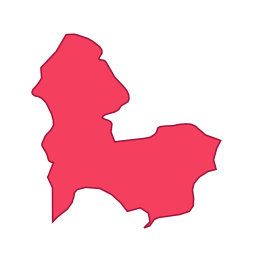 Durrës, Mercator projection, rotated 262°
{"feature_id": "ALB-1494", "entity_name": "Durrës", "entity_type": "County", "adm_level": 1, "iso_a3": "ALB", "parent_name": "Albania", "parent_adm1": "", "projection": "mercator", "projection_center": [19.648, 41.417], "detail": "fine", "context": "isolated", "style": "filled", "palette": "rose", "viewbox_px": 256, "rotation_deg": 262, "n_neighbors": 0, "source": "natural_earth", "source_scale": "10m", "svg_char_len": 1449}
<svg xmlns="http://www.w3.org/2000/svg" viewBox="0 0 256 256"><g transform="rotate(262 128 128)"><path d="M74.8,209.5L73.8,201.1L69.7,192.0L63.9,185.6L57.6,183.2L49.1,183.2L41.9,181.8L36.9,177.2L35.1,167.4L35.1,145.9L33.8,141.3L28.0,135.9L26.9,129.9L32.1,136.8L40.8,136.3L47.2,129.1L45.5,115.7L54.8,110.5L64.4,102.5L72.0,91.7L75.1,77.9L74.1,69.2L71.4,66.0L67.2,64.7L61.7,62.0L56.1,56.6L49.8,45.9L45.5,40.3L79.6,44.9L90.6,41.5L91.8,42.5L104.1,49.3L105.5,46.1L106.3,45.4L107.6,44.8L113.6,44.0L122.3,40.4L124.5,40.6L131.1,44.7L132.8,46.3L136.2,50.6L138.3,52.6L141.1,54.6L146.0,55.1L152.2,54.4L164.3,50.5L169.2,46.9L171.7,43.6L172.3,41.5L173.2,39.6L175.5,37.9L177.4,38.1L179.5,39.4L183.1,43.8L186.7,47.2L189.6,49.4L199.8,50.1L213.7,67.5L229.1,79.8L228.6,85.3L228.2,88.3L227.1,91.0L222.0,100.9L218.9,105.0L212.1,111.5L208.7,113.0L205.6,112.6L201.9,109.4L200.2,108.6L199.3,110.1L198.9,112.1L198.0,114.2L196.1,115.5L180.0,122.0L168.6,130.1L164.6,132.2L161.2,133.2L156.6,133.1L154.2,131.7L152.6,128.5L151.7,125.9L150.7,124.3L149.6,123.1L147.8,121.6L146.5,119.2L145.7,116.8L144.5,108.1L143.3,105.1L141.8,103.9L139.8,106.4L138.6,109.1L136.8,111.6L134.4,112.7L126.4,110.6L116.2,112.9L115.4,142.4L115.7,148.5L118.0,153.7L120.1,155.8L123.9,157.5L124.8,159.9L124.8,163.8L124.0,172.7L124.4,179.2L124.1,185.3L123.0,190.9L120.6,194.8L110.4,203.7L102.7,218.1L95.3,212.9L84.6,208.3L74.9,209.5L74.8,209.5Z" fill="#f43f5e" stroke="#9f1239" stroke-width="1.5"/></g></svg>